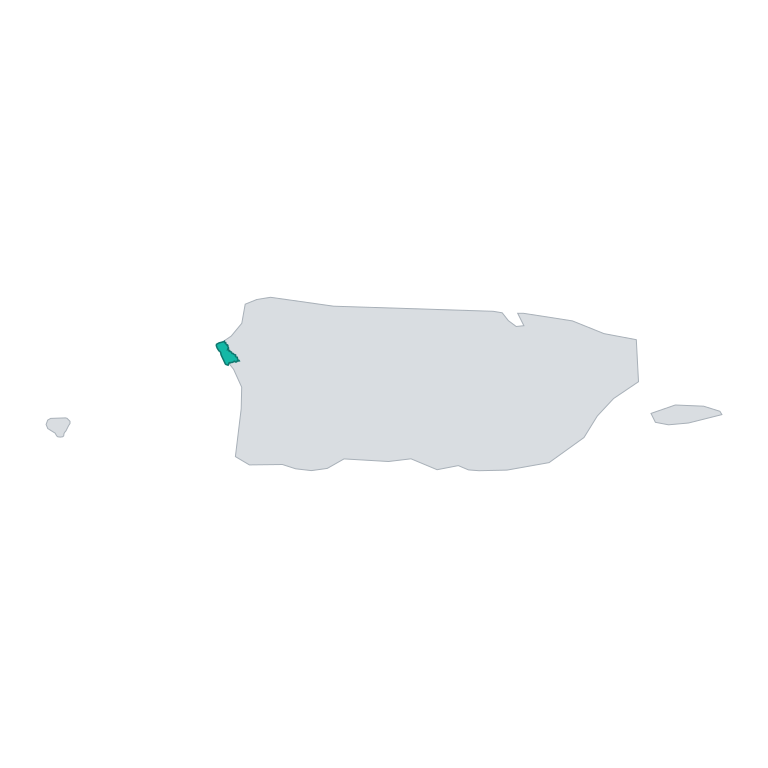 Rincón, Puerto Rico (highlighted)
{"feature_id": "32010507B13421931783932", "entity_name": "Rincón", "entity_type": "district", "adm_level": 2, "iso_a3": "PRI", "parent_name": "Puerto Rico", "parent_adm1": "", "projection": "natural_earth1", "projection_center": [-67.225, 18.337], "detail": "fine", "context": "in_parent", "style": "filled", "palette": "teal", "viewbox_px": 768, "rotation_deg": 0, "n_neighbors": 0, "source": "geoboundaries", "source_scale": "gbopen_adm2", "svg_char_len": 2049}
<svg xmlns="http://www.w3.org/2000/svg" viewBox="0 0 768 768"><path d="M508.3,320.6L516.2,326.5L523.9,325.7L517.7,313.3L523.4,313.3L572.4,320.9L603.9,333.6L636.3,339.7L638.5,381.7L613.6,398.5L597.3,416.0L584.0,437.5L549.1,462.6L507.0,470.1L479.0,470.7L468.5,469.9L458.3,465.6L437.1,469.7L411.0,458.8L388.5,461.5L344.0,458.9L327.3,468.4L311.4,470.6L295.7,468.8L282.4,464.5L249.4,464.9L235.4,456.6L241.2,408.8L241.7,387.2L233.6,369.3L224.7,358.1L218.2,344.8L231.2,336.1L241.8,323.3L245.2,304.2L256.8,299.5L270.5,297.3L333.6,306.2L493.2,311.3L502.2,312.8L508.3,320.6ZM688.5,423.0L668.5,424.8L655.4,422.3L651.0,413.4L675.3,405.0L703.6,406.2L719.9,411.3L721.9,414.6L688.5,423.0ZM62.6,436.8L60.2,437.1L57.8,436.8L56.7,435.9L55.1,433.1L47.8,428.6L46.1,424.5L47.7,420.1L50.7,418.4L65.5,417.9L67.0,418.3L70.0,421.3L70.0,423.5L68.6,425.6L66.0,430.8L64.9,432.1L64.0,433.5L63.7,435.9L62.6,436.8Z" fill="#d9dde1" stroke="#a8b0b8" stroke-width="1"/><path d="M224.5,341.3L224.1,341.6L223.0,341.9L219.0,342.9L216.5,344.3L216.3,345.6L217.0,347.6L217.2,348.1L218.0,349.4L218.9,350.8L219.0,350.9L219.8,351.3L220.7,352.6L220.7,352.8L221.0,354.4L221.0,354.8L221.2,355.0L221.7,356.2L222.7,358.3L223.2,359.4L223.4,359.6L223.5,359.9L224.1,361.3L224.4,361.9L225.3,363.9L226.0,364.5L228.1,365.2L228.8,363.3L229.3,362.6L229.8,362.7L229.9,362.9L230.7,362.8L231.0,362.4L232.5,362.4L233.2,361.9L233.8,361.8L234.1,361.2L234.8,361.2L235.5,362.0L236.2,362.0L237.0,361.5L237.2,360.8L237.7,360.7L237.9,361.0L238.9,361.0L239.3,360.9L239.0,360.4L238.4,360.4L237.8,359.6L237.4,358.4L237.3,357.3L236.2,357.0L235.5,356.4L235.7,355.1L235.1,354.7L234.4,354.6L233.8,354.3L233.6,354.0L233.1,353.5L232.3,353.5L231.8,353.2L231.6,352.3L231.0,351.8L230.7,351.8L230.3,351.4L229.5,351.4L229.6,350.7L229.5,350.4L228.8,350.6L228.1,349.4L227.6,349.6L227.8,348.9L228.1,349.1L228.2,348.6L228.5,348.4L228.4,347.5L227.4,345.7L227.8,345.3L227.4,344.9L227.1,345.1L226.8,345.0L226.4,344.3L225.5,343.5L225.6,342.8L225.1,342.9L224.7,342.4L224.5,341.3Z" fill="#14b8a6" stroke="#0f766e" stroke-width="1.5"/></svg>